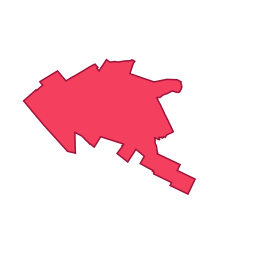 outline of Mihail Kogalniceanu, Ialomita, Romania, rotated 325°
{"feature_id": "2599482B73774561478339", "entity_name": "Mihail Kogalniceanu", "entity_type": "district", "adm_level": 2, "iso_a3": "ROU", "parent_name": "Romania", "parent_adm1": "Ialomita", "projection": "orthographic", "projection_center": [27.746, 44.645], "detail": "fine", "context": "isolated", "style": "filled", "palette": "rose", "viewbox_px": 256, "rotation_deg": 325, "n_neighbors": 0, "source": "geoboundaries", "source_scale": "gbopen_adm2", "svg_char_len": 4509}
<svg xmlns="http://www.w3.org/2000/svg" viewBox="0 0 256 256"><g transform="rotate(325 128 128)"><path d="M129.5,199.2L131.1,202.0L136.1,211.0L139.2,216.5L151.3,209.7L153.7,208.4L144.0,191.1L149.7,187.9L149.3,187.3L148.7,186.2L148.1,185.2L147.6,184.1L147.1,183.3L146.7,182.6L146.3,181.9L144.7,179.1L144.0,177.8L143.6,177.1L141.7,173.9L140.3,171.3L139.3,169.6L138.2,167.7L137.1,165.7L137.3,165.6L137.5,165.6L137.8,165.7L138.0,165.6L138.0,165.4L138.1,165.1L138.2,164.5L138.5,163.9L139.3,162.3L139.6,161.7L140.5,160.0L140.8,159.4L140.9,159.0L141.1,158.4L141.3,157.2L141.4,156.2L142.2,154.8L142.7,154.2L143.0,153.9L143.6,152.8L143.8,152.5L143.9,152.3L144.1,151.4L144.0,150.7L146.6,155.3L147.1,155.6L147.3,155.6L147.6,155.0L147.8,154.4L147.9,153.6L148.0,153.5L150.1,154.9L150.2,155.0L150.2,155.3L150.3,155.3L150.6,155.3L150.8,155.4L150.9,155.5L150.9,155.8L150.7,155.8L150.6,156.0L151.0,156.1L151.4,156.1L151.5,156.1L151.6,155.9L151.8,155.7L152.0,155.7L152.1,155.8L152.3,155.9L152.6,156.0L152.9,156.3L153.1,156.8L153.2,157.0L153.3,157.0L153.5,156.2L154.3,156.2L154.7,156.3L154.9,156.4L155.3,156.1L155.8,155.9L162.9,157.1L163.3,155.1L163.6,153.5L164.2,149.7L164.7,146.6L165.2,143.8L165.4,142.6L165.4,142.2L165.8,139.1L165.9,138.8L165.9,138.4L166.1,137.5L166.3,136.2L166.4,135.9L166.5,135.5L166.5,135.3L166.6,134.9L166.7,134.3L166.8,134.0L166.9,133.4L167.0,132.9L167.0,132.6L167.1,131.8L167.3,130.6L167.6,129.1L167.7,128.6L167.8,127.9L168.0,126.3L168.2,124.3L168.6,122.3L168.7,121.4L168.9,120.4L169.0,119.9L169.0,119.7L169.7,120.0L170.1,120.3L170.7,120.7L171.2,121.0L171.3,121.1L171.6,121.2L171.8,121.3L172.5,121.3L173.3,121.2L175.0,121.1L176.5,121.2L179.9,122.3L182.0,122.6L184.0,122.7L184.8,123.0L185.5,123.3L185.9,123.6L186.2,123.9L187.5,125.7L188.1,126.4L189.5,127.6L190.1,127.9L190.5,128.0L190.8,128.0L191.2,127.9L193.4,126.9L194.7,126.0L195.2,125.6L195.7,125.1L196.2,124.3L196.4,123.9L196.5,123.4L196.6,122.6L196.9,122.1L197.3,121.3L197.5,121.0L198.0,120.7L196.1,117.0L195.8,116.6L195.7,116.4L195.0,115.9L189.1,111.5L187.9,110.6L187.6,110.4L187.4,110.3L177.3,105.9L176.4,105.5L176.0,105.2L175.5,104.7L174.9,104.1L173.0,101.4L167.8,94.4L166.2,92.2L164.7,90.0L162.7,87.3L160.8,84.7L160.9,84.4L164.3,81.9L164.9,81.5L167.1,79.8L167.5,79.5L167.9,79.2L169.3,78.2L169.7,78.0L169.9,77.9L170.3,77.7L170.6,77.7L171.2,77.5L171.8,77.3L171.1,75.7L170.7,75.0L170.6,74.8L170.5,74.7L170.3,74.4L168.6,74.2L167.1,73.4L164.4,71.6L163.9,71.3L163.3,71.0L159.3,69.1L158.7,68.8L156.4,67.3L155.6,66.1L151.0,63.7L149.6,59.6L148.0,60.2L146.2,61.0L143.1,62.2L139.9,63.4L138.5,64.0L137.0,64.6L136.9,62.9L136.8,61.1L137.5,61.1L138.1,61.1L138.1,60.9L138.1,60.6L138.0,60.1L137.9,59.5L137.8,58.1L137.6,56.7L134.3,56.2L131.0,55.9L127.8,55.7L124.6,55.5L119.6,55.1L114.6,54.7L113.0,54.5L110.4,54.3L110.2,54.2L109.3,54.1L108.4,54.1L107.5,54.0L106.6,54.0L105.5,53.9L104.4,53.8L104.2,53.8L103.0,40.8L82.3,39.5L82.7,44.0L77.1,44.5L74.4,44.7L74.4,44.0L72.0,44.3L58.0,45.9L58.2,47.5L58.3,49.0L58.5,51.0L58.6,53.0L58.8,54.4L59.0,57.0L59.1,59.2L59.2,60.3L59.4,61.6L59.5,62.9L59.6,64.8L60.0,69.2L60.6,75.9L60.7,77.4L61.0,79.5L61.2,81.2L61.5,83.8L61.7,85.1L61.8,85.8L61.9,87.0L62.2,88.8L62.3,90.2L62.5,91.7L62.8,93.8L63.7,101.1L63.9,102.8L64.1,104.5L64.3,106.1L64.5,108.0L64.8,110.1L64.9,110.8L65.0,112.3L65.1,112.5L68.3,116.0L69.6,117.4L70.5,118.5L71.7,116.5L73.5,113.8L74.6,112.1L75.6,110.6L77.9,107.2L79.7,104.5L81.9,101.1L83.8,104.7L85.0,106.9L85.3,107.6L85.6,108.1L85.6,108.3L85.9,109.6L86.1,110.8L86.1,111.2L86.2,111.8L86.2,112.5L86.4,113.2L86.5,113.5L86.8,114.8L86.9,115.6L87.1,116.7L87.3,118.0L87.5,118.8L87.5,119.4L87.8,119.5L88.0,119.6L88.2,120.2L89.0,123.2L89.4,124.3L93.8,122.4L96.9,121.1L99.3,120.0L100.6,119.5L102.1,121.4L104.7,124.9L104.9,125.1L109.3,130.9L114.7,138.0L114.8,138.0L114.8,138.5L114.9,139.0L114.4,139.2L113.5,139.2L113.2,139.2L112.9,139.2L112.7,139.2L112.7,139.3L112.7,139.8L112.6,140.0L109.3,141.0L104.4,142.6L106.8,150.6L108.3,155.7L112.0,154.2L118.1,151.7L122.3,150.0L122.6,151.3L123.9,155.9L124.3,157.3L125.2,160.5L121.4,162.3L120.7,162.7L117.6,164.1L122.1,173.3L124.3,177.4L124.2,177.5L123.9,177.5L123.8,177.4L123.6,177.2L123.4,177.2L123.3,177.3L123.2,177.4L123.3,177.6L123.5,178.0L123.7,178.3L123.9,178.8L124.0,178.9L124.0,179.0L123.8,179.2L123.7,179.3L123.5,179.5L123.4,179.6L123.2,179.7L123.0,179.8L122.9,179.9L122.8,180.0L122.8,180.6L122.9,180.8L123.9,182.4L125.9,186.0L127.7,189.2L130.0,193.4L132.3,197.6L131.9,197.9L131.0,198.4L129.7,199.1L129.5,199.2Z" fill="#f43f5e" stroke="#9f1239" stroke-width="1.5"/></g></svg>